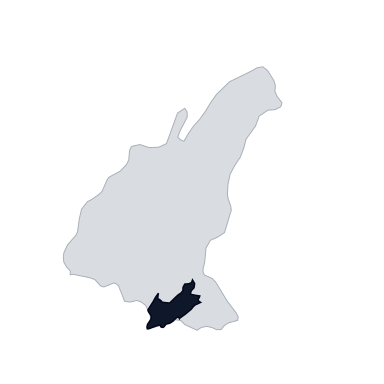 Dominican Republic, with Independencia highlighted, rotated 294°
{"feature_id": "DOM-1971", "entity_name": "Independencia", "entity_type": "Province", "adm_level": 1, "iso_a3": "DOM", "parent_name": "Dominican Republic", "parent_adm1": "", "projection": "mercator", "projection_center": [-71.641, 18.41], "detail": "fine", "context": "in_parent", "style": "filled", "palette": "ink", "viewbox_px": 384, "rotation_deg": 294, "n_neighbors": 0, "source": "natural_earth", "source_scale": "10m", "svg_char_len": 2278}
<svg xmlns="http://www.w3.org/2000/svg" viewBox="0 0 384 384"><g transform="rotate(294 192 192)"><path d="M67.7,252.8L68.0,239.3L70.1,233.8L68.2,228.0L59.5,221.8L54.3,213.9L49.6,206.9L50.6,205.9L60.0,205.5L63.3,203.0L69.6,195.8L70.9,190.0L70.4,185.6L66.3,180.3L64.7,174.8L69.7,170.0L76.4,163.0L77.3,160.3L77.1,157.6L69.4,150.1L68.9,147.0L72.5,138.9L72.1,133.5L68.5,116.9L66.8,114.4L70.3,113.0L72.5,108.0L75.6,103.6L79.6,101.2L84.1,99.7L93.2,99.8L105.7,103.7L109.2,103.6L121.2,100.1L131.2,98.1L140.6,100.4L144.4,103.4L152.1,108.1L156.0,109.6L168.2,109.5L171.6,110.0L181.8,117.9L190.5,121.0L195.5,121.2L204.5,118.1L209.0,118.2L214.1,125.0L215.1,134.6L219.4,143.4L225.9,149.0L258.3,146.7L265.5,151.3L263.0,155.1L258.4,157.2L243.1,156.2L236.3,156.7L235.0,160.5L235.0,164.0L244.0,164.9L252.8,166.6L261.8,169.5L270.9,171.4L281.2,172.7L291.3,174.7L308.2,181.6L326.9,197.3L331.9,200.9L335.2,205.8L333.6,211.8L326.9,221.7L323.1,224.9L317.6,226.8L313.9,230.9L310.2,237.8L308.0,238.4L305.4,238.1L300.9,234.2L297.7,228.1L288.7,222.5L278.0,223.2L262.2,219.9L252.6,221.5L243.1,221.9L233.3,220.2L223.5,219.6L213.7,221.7L204.2,225.3L200.7,227.6L194.6,233.3L191.3,235.3L168.2,238.2L161.5,234.0L155.3,228.4L146.4,227.6L133.5,232.0L125.4,233.6L122.2,235.5L121.2,237.6L121.2,245.5L119.3,250.3L106.8,268.3L99.7,281.1L96.7,285.0L93.4,285.9L87.2,278.5L83.2,275.9L78.3,274.6L76.3,270.7L76.3,265.1L75.1,259.8L72.0,255.6L67.7,252.8Z" fill="#d9dde1" stroke="#a8b0b8" stroke-width="1"/><path d="M65.8,200.1L66.4,199.7L70.7,200.3L76.0,201.1L81.0,201.5L85.9,202.5L83.3,203.2L80.8,204.0L80.5,204.9L80.6,206.0L80.1,207.8L79.2,209.6L81.4,216.7L89.4,219.9L92.4,221.2L95.2,223.0L98.2,223.8L101.2,222.6L104.9,222.8L107.0,226.6L109.1,228.4L111.9,228.2L109.4,231.7L105.3,232.8L101.3,231.4L97.9,232.2L99.0,236.9L100.2,241.4L98.4,241.6L96.5,241.1L95.0,242.6L94.7,244.8L92.4,242.9L90.1,240.8L87.4,239.7L84.6,239.0L77.9,235.7L71.5,232.0L71.3,232.0L71.4,231.9L72.3,230.3L72.1,230.1L71.4,229.4L70.3,228.7L66.1,227.1L63.1,225.1L62.5,224.4L61.3,222.6L60.7,222.0L57.6,221.3L56.5,220.6L56.0,219.1L56.3,218.2L56.9,217.9L57.3,217.4L57.1,216.2L56.6,215.4L49.5,208.2L48.8,206.8L50.2,205.8L53.1,205.2L58.9,206.3L62.0,205.2L63.0,204.1L64.6,201.4L65.6,200.2L65.8,200.1Z" fill="#0f172a" stroke="#020617" stroke-width="1.5"/></g></svg>